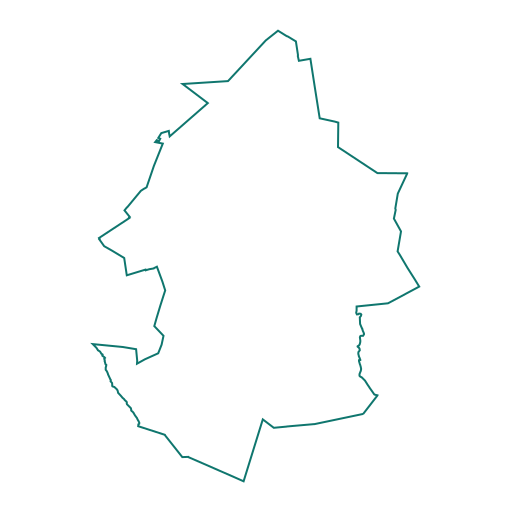 outline of Umzingwane, Matabeleland South, Zimbabwe
{"feature_id": "62879985B43566873745809", "entity_name": "Umzingwane", "entity_type": "district", "adm_level": 2, "iso_a3": "ZWE", "parent_name": "Zimbabwe", "parent_adm1": "Matabeleland South", "projection": "albers", "projection_center": [28.89, -20.328], "detail": "fine", "context": "isolated", "style": "outline", "palette": "teal", "viewbox_px": 512, "rotation_deg": 0, "n_neighbors": 0, "source": "geoboundaries", "source_scale": "gbopen_adm2", "svg_char_len": 4809}
<svg xmlns="http://www.w3.org/2000/svg" viewBox="0 0 512 512"><path d="M377.5,395.3L377.3,395.3L374.6,394.6L374.4,394.5L374.2,394.3L372.4,391.7L369.7,387.9L369.6,387.7L369.4,387.5L369.3,387.2L367.3,384.3L367.2,384.1L367.1,383.9L366.9,383.6L365.3,381.1L365.2,380.9L365.0,380.6L361.8,377.4L361.7,377.4L361.5,377.2L361.0,377.0L360.8,376.9L360.5,376.7L360.4,376.6L360.2,376.5L360.0,376.3L359.9,376.3L359.8,376.2L359.7,376.1L359.6,375.9L359.5,375.7L359.5,374.4L359.5,374.1L360.7,371.0L360.8,370.9L361.1,369.2L361.1,368.7L360.6,366.3L360.5,366.1L360.2,364.9L359.9,364.3L359.0,361.1L359.0,360.2L360.3,360.0L360.3,359.9L360.2,359.5L359.7,358.3L359.7,358.2L359.6,357.9L359.4,357.5L358.8,356.1L358.8,355.6L358.7,355.4L358.3,353.9L358.3,353.7L358.4,352.1L358.6,351.9L359.4,350.8L359.8,350.2L359.7,349.8L359.6,349.1L359.5,348.8L359.5,348.6L359.3,348.3L359.2,348.2L359.0,347.9L358.9,347.7L358.7,347.6L358.6,347.4L358.0,347.0L357.9,346.9L357.6,346.6L357.6,346.3L357.7,346.2L357.8,346.1L358.0,346.1L358.4,345.9L358.6,345.7L358.9,345.4L359.2,345.2L359.3,345.1L359.4,344.9L359.5,344.6L359.8,344.1L359.9,343.5L360.1,342.9L360.1,342.7L360.2,342.3L360.3,341.9L360.3,340.5L360.3,340.3L360.0,338.3L360.0,337.9L359.9,337.6L359.9,337.3L360.2,336.3L360.4,336.1L360.6,336.0L361.0,335.8L362.8,335.8L362.8,335.7L363.0,335.6L363.3,335.4L363.6,335.0L363.7,334.8L364.0,334.3L364.0,333.8L364.0,333.7L363.9,333.6L363.7,332.9L363.7,332.7L362.8,330.8L362.2,328.5L362.1,328.4L362.0,328.5L360.1,324.0L359.8,317.4L361.0,315.8L361.3,314.6L360.7,313.8L359.0,313.6L358.2,314.3L356.9,314.4L356.2,312.8L356.6,310.5L356.6,306.5L388.0,303.3L419.2,286.6L414.8,279.4L407.5,267.9L399.9,255.0L397.6,251.4L401.0,231.4L393.9,218.6L395.7,209.9L395.3,208.5L397.8,193.6L407.2,173.5L407.2,173.3L377.4,173.1L338.0,147.1L338.3,122.6L334.8,121.6L319.7,118.3L314.8,87.2L310.4,58.8L298.9,60.8L297.8,56.0L298.0,55.2L295.9,41.4L287.5,36.3L286.8,36.2L278.0,30.7L265.8,40.4L228.0,81.1L182.6,84.0L207.8,103.1L169.7,136.4L169.3,134.3L169.2,134.1L168.8,130.9L161.3,133.1L158.3,137.9L160.2,138.7L159.0,141.2L156.8,140.1L155.2,142.1L162.8,143.6L153.9,165.9L146.6,187.3L145.0,188.3L144.6,188.4L143.0,189.4L140.9,190.8L140.7,191.0L127.2,207.3L126.9,207.4L124.5,210.4L129.8,217.0L129.1,217.5L129.4,218.0L99.0,238.0L99.6,238.9L99.2,239.2L104.2,246.2L112.1,250.7L124.2,258.0L126.6,274.1L126.8,275.3L140.6,271.1L145.5,269.6L145.7,270.3L149.3,269.2L153.5,268.5L153.5,268.4L156.9,266.7L162.4,281.6L165.2,290.4L160.4,305.4L156.5,318.3L154.3,326.1L163.5,335.8L161.6,344.7L158.2,353.3L144.9,359.3L137.0,363.7L137.2,360.7L136.1,349.2L122.8,347.0L92.8,344.1L96.5,347.9L97.6,349.7L97.8,349.9L98.0,350.2L98.0,350.3L99.8,351.4L100.1,351.7L100.2,351.8L101.2,353.5L101.4,353.8L102.3,354.3L102.5,354.4L102.6,354.5L102.6,355.0L102.3,355.6L102.4,355.8L104.5,357.3L105.0,357.9L104.2,358.7L104.2,358.8L104.8,360.2L104.8,360.3L104.6,360.8L104.6,361.0L104.7,361.4L104.9,361.7L104.9,361.9L105.0,362.3L105.1,362.8L105.2,363.0L105.3,363.3L105.3,363.6L105.4,363.9L105.4,364.0L105.8,364.6L106.0,364.7L106.2,364.8L106.3,364.9L106.2,365.6L106.2,365.8L106.1,366.3L105.9,366.8L105.9,367.1L105.7,367.5L105.7,367.9L105.7,368.1L105.7,369.7L105.9,370.1L106.0,370.2L106.5,370.7L106.6,370.9L106.8,371.3L106.9,371.5L107.0,371.7L107.1,371.8L107.2,372.0L107.4,372.4L107.6,373.0L107.9,373.7L108.0,374.2L108.0,374.3L110.1,378.8L110.2,379.0L110.3,379.2L110.3,379.3L110.5,379.5L110.8,380.0L110.8,380.4L110.7,380.5L110.6,380.9L110.6,381.4L111.0,381.8L111.3,382.1L111.7,382.5L112.1,383.1L112.1,383.4L112.1,383.6L112.2,384.1L112.2,385.8L112.3,386.0L112.4,386.3L112.8,386.5L113.0,386.6L113.5,386.7L113.7,386.8L114.4,387.0L116.4,388.9L116.6,389.0L116.8,389.3L117.0,389.7L117.4,390.1L117.5,390.3L117.7,390.9L118.0,392.3L118.1,392.5L118.1,392.8L120.6,395.5L120.8,395.7L120.9,395.8L121.1,396.1L121.9,397.0L122.1,397.3L122.4,397.6L122.5,397.8L122.9,398.1L123.0,398.2L123.5,398.6L124.0,399.0L124.2,399.3L124.4,399.6L124.6,399.8L124.7,400.1L125.2,400.5L125.3,400.6L125.5,400.8L125.7,401.0L126.3,401.4L126.5,401.7L126.7,402.0L126.8,402.2L126.8,402.8L126.7,403.0L126.8,403.6L127.0,404.3L130.8,408.1L131.0,408.7L131.0,408.8L131.1,409.1L131.2,409.5L131.2,409.8L131.2,410.0L131.2,410.4L131.3,410.5L131.6,411.0L132.0,411.3L132.5,411.6L133.1,412.3L133.4,412.7L133.6,412.9L133.6,413.0L134.7,414.9L134.8,415.1L135.0,415.4L135.2,415.7L135.3,415.8L136.4,417.3L136.7,417.7L137.0,418.1L137.1,418.4L137.2,418.6L137.3,418.9L137.9,420.1L138.3,420.6L138.4,420.9L138.6,421.2L138.6,421.3L139.2,422.5L139.3,422.8L139.3,423.2L139.2,423.8L138.4,424.3L138.2,426.2L164.8,434.8L164.8,435.0L182.3,457.1L188.1,456.9L188.1,457.0L218.6,470.3L218.8,470.4L234.6,477.3L243.6,481.3L262.8,419.4L273.8,427.8L286.5,426.6L286.9,426.5L292.4,426.0L314.3,424.1L314.6,424.1L363.3,413.9L363.2,413.9L377.5,395.4L377.5,395.3Z" fill="none" stroke="#0f766e" stroke-width="2"/></svg>